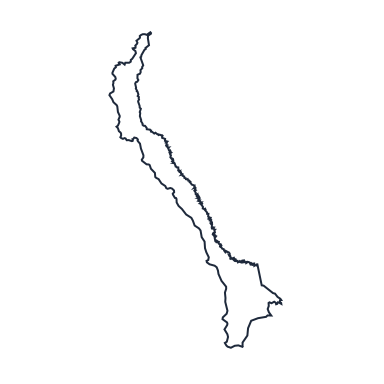 the district of Benjamin Constant, Amazonas, Brazil, rotated 130°
{"feature_id": "56859067B4861181831947", "entity_name": "Benjamin Constant", "entity_type": "district", "adm_level": 2, "iso_a3": "BRA", "parent_name": "Brazil", "parent_adm1": "Amazonas", "projection": "robinson", "projection_center": [-70.409, -5.498], "detail": "fine", "context": "isolated", "style": "outline", "palette": "slate", "viewbox_px": 384, "rotation_deg": 130, "n_neighbors": 0, "source": "geoboundaries", "source_scale": "gbopen_adm2", "svg_char_len": 6101}
<svg xmlns="http://www.w3.org/2000/svg" viewBox="0 0 384 384"><g transform="rotate(130 192 192)"><path d="M181.1,224.4L181.0,224.8L181.7,225.5L180.9,226.4L181.1,226.9L180.5,226.9L180.5,226.4L179.8,226.6L178.9,227.9L179.1,228.9L179.7,228.9L179.3,230.9L177.5,231.7L177.4,232.7L176.9,232.8L176.6,233.7L175.5,233.4L175.9,234.4L174.8,234.3L174.4,235.1L174.9,235.1L175.1,235.9L174.5,237.2L174.1,237.4L173.7,238.6L173.0,238.5L173.5,239.0L173.1,239.5L173.4,240.7L173.0,241.6L172.0,241.2L172.2,242.0L170.6,242.9L170.9,243.6L169.2,243.4L170.2,245.6L168.6,246.7L169.7,249.7L168.8,250.5L167.8,250.7L167.8,251.6L168.4,252.0L168.8,253.6L169.8,254.1L169.6,255.2L170.0,255.5L170.1,258.1L171.5,258.5L171.5,260.9L172.1,262.2L171.2,262.8L171.5,263.4L171.2,264.2L173.0,267.0L172.0,268.0L171.5,270.5L172.4,271.8L172.3,273.1L171.4,273.8L170.5,276.6L169.6,277.1L167.4,280.7L164.8,282.4L164.4,283.4L161.1,284.7L161.0,286.3L159.7,287.5L157.5,291.2L157.0,291.7L155.2,292.0L154.7,292.9L153.4,293.7L153.4,295.3L151.8,295.7L150.1,298.3L150.3,299.1L149.6,299.5L148.9,301.5L148.1,301.8L145.5,305.2L144.0,305.6L142.7,304.8L140.7,305.1L140.0,306.9L137.2,309.1L134.8,307.9L133.1,308.4L131.8,309.8L129.1,309.7L128.4,310.5L126.3,310.8L122.0,318.1L121.2,317.8L119.7,318.7L113.8,319.8L112.1,319.4L111.6,320.2L107.2,319.3L102.6,324.6L100.5,326.2L97.3,325.2L96.6,325.5L96.4,326.6L100.7,327.7L101.4,329.5L102.7,331.1L104.3,331.9L106.0,332.3L107.2,331.1L108.0,331.0L111.8,331.8L112.7,329.8L113.6,329.4L116.4,329.5L117.1,328.4L117.9,328.0L120.1,329.8L120.5,329.0L120.4,326.0L121.7,324.2L128.4,323.4L130.1,323.8L131.5,322.7L133.3,323.2L135.9,326.2L137.7,325.5L137.8,328.4L139.3,331.1L140.2,331.2L140.8,329.4L144.4,331.7L145.4,330.5L147.4,330.9L151.8,329.6L152.6,328.9L153.2,324.7L154.3,323.2L155.2,322.9L157.8,323.5L159.1,322.2L160.7,321.5L162.8,318.4L165.5,316.8L169.2,318.1L170.9,317.5L172.2,312.8L173.7,309.9L173.9,305.4L174.5,304.2L178.3,300.2L180.1,296.4L180.9,295.7L183.9,294.8L184.7,292.9L185.5,292.4L188.8,291.4L190.5,291.8L190.7,289.8L192.4,287.1L192.4,284.8L193.0,283.7L194.4,282.5L196.1,282.1L196.2,281.0L195.7,279.1L194.1,278.3L193.7,277.3L194.3,275.3L192.9,273.8L191.8,270.9L191.1,270.3L190.2,270.7L189.8,271.5L189.2,271.1L187.4,271.2L186.4,269.3L186.4,267.9L186.7,267.1L187.6,266.8L187.9,265.9L188.4,262.9L191.5,259.1L195.1,252.8L196.8,251.5L199.6,251.2L200.2,250.4L200.0,244.6L198.7,242.8L198.6,241.7L200.6,238.4L201.2,232.7L204.1,229.8L204.2,228.5L203.6,225.9L205.1,220.9L204.6,216.3L205.6,214.1L205.2,212.7L202.9,211.2L202.2,209.5L202.4,206.8L203.7,205.5L205.6,205.7L206.2,205.0L207.5,201.3L206.9,200.4L207.3,199.4L209.9,197.0L211.3,193.3L211.5,188.8L213.0,182.0L212.2,175.9L213.4,172.9L216.0,168.4L215.4,163.3L216.0,160.7L220.4,155.5L221.9,150.5L226.7,145.9L229.0,142.2L231.2,137.2L233.7,135.8L235.4,136.6L236.3,135.4L236.1,132.1L233.9,127.3L233.8,124.7L235.5,121.6L237.8,119.0L241.1,112.3L242.6,105.0L244.2,103.6L247.9,102.1L251.7,98.2L254.8,95.9L260.2,88.5L263.0,87.2L268.2,87.8L269.8,86.9L269.4,81.3L270.2,80.1L271.4,79.5L276.4,78.8L278.2,73.5L279.9,71.2L284.3,69.1L286.5,69.8L287.5,67.0L287.6,65.3L286.3,62.1L282.3,60.4L279.7,57.9L277.9,53.1L277.8,54.0L274.8,56.5L266.4,57.3L260.3,61.5L252.6,63.9L246.2,60.3L240.0,55.0L238.0,54.8L235.7,51.9L234.7,55.8L233.0,58.8L230.0,59.9L227.8,62.0L226.7,61.7L226.1,59.6L223.2,58.5L223.0,56.7L223.9,55.4L222.9,54.8L221.3,55.3L220.8,54.4L220.3,51.7L219.7,52.4L219.8,53.8L219.1,54.6L218.2,55.0L217.4,54.2L217.0,55.7L217.4,59.0L216.5,63.1L217.4,65.0L217.7,77.0L218.7,78.6L205.4,95.4L205.9,95.9L206.9,95.5L207.3,96.4L208.5,96.8L206.8,98.4L207.5,99.0L207.8,98.1L209.1,98.9L209.2,99.3L208.3,99.6L208.4,101.2L208.7,101.2L208.9,100.2L209.9,100.6L209.2,102.0L209.1,103.2L209.9,104.8L210.3,105.1L210.6,104.5L211.6,104.8L211.0,105.5L211.9,106.5L211.2,107.3L211.1,108.3L211.4,108.6L212.0,107.4L213.2,107.7L213.2,109.2L214.2,108.8L214.8,110.2L214.1,110.1L214.1,111.0L216.3,111.6L215.5,112.9L216.3,113.8L217.3,113.5L216.2,114.4L216.2,114.8L217.1,114.5L217.3,114.8L217.3,116.2L216.6,116.4L216.9,117.1L215.8,117.1L215.5,117.6L216.6,118.1L217.2,119.2L218.3,119.2L218.5,119.8L216.7,121.1L217.0,122.1L216.7,122.8L216.3,121.5L216.1,122.5L214.9,123.6L214.6,125.3L215.4,126.2L215.1,126.9L215.5,128.7L216.1,128.7L216.1,127.9L216.7,127.8L216.2,129.8L215.4,130.9L216.0,132.4L215.5,133.9L215.8,135.5L214.8,136.0L214.6,135.8L215.1,135.2L214.1,135.1L213.6,136.5L214.4,136.9L214.3,138.5L213.1,139.3L214.2,140.4L213.3,140.7L213.4,142.0L213.7,142.0L213.6,141.2L214.8,142.0L214.7,142.5L212.7,145.0L211.0,145.1L211.8,146.1L211.5,146.7L210.7,145.8L210.3,145.9L210.3,147.6L211.2,148.1L211.2,148.8L210.4,149.2L209.8,148.3L208.9,148.4L208.8,148.9L208.1,148.6L207.0,150.2L206.2,150.2L206.5,150.6L206.1,151.6L207.2,153.2L207.0,153.5L206.3,152.7L205.2,152.6L206.0,153.9L205.5,154.9L204.0,155.7L204.3,156.7L204.0,157.8L203.5,157.6L203.9,156.3L203.4,156.3L202.7,156.9L203.1,157.6L202.1,158.1L202.3,159.2L201.0,159.4L200.9,159.9L201.7,160.4L200.9,160.7L201.5,160.9L201.9,162.1L200.1,162.1L200.5,163.8L198.2,165.4L199.0,166.4L198.0,167.3L197.5,170.4L196.8,170.3L196.4,171.2L197.2,171.4L197.7,173.2L196.3,174.1L195.7,176.8L194.4,176.7L194.2,177.3L195.3,177.7L195.7,178.6L194.0,178.3L194.4,178.8L194.0,179.7L194.7,181.3L193.5,181.0L194.0,182.0L193.8,182.2L192.5,182.0L192.1,182.1L192.7,183.2L191.9,182.7L191.3,183.1L190.8,184.6L192.2,184.0L192.3,184.5L192.2,185.3L191.4,185.0L191.5,186.2L190.6,186.6L191.3,186.9L191.2,188.0L190.1,188.7L189.5,190.9L188.2,190.4L188.2,191.3L186.6,191.9L186.5,192.5L187.4,193.0L186.5,193.0L185.5,194.1L186.0,194.3L185.8,195.2L186.5,197.0L185.9,198.9L186.0,199.8L185.2,199.8L185.1,201.7L185.7,202.0L184.9,203.6L185.5,203.8L186.1,204.9L185.5,205.6L186.1,206.9L185.1,207.9L185.6,209.6L184.6,210.5L185.7,211.3L184.6,211.3L184.7,212.5L184.0,213.1L184.6,214.1L183.7,214.5L184.4,214.8L183.9,215.6L184.4,216.0L184.3,216.3L183.7,216.0L183.7,216.7L182.0,218.3L182.9,219.4L182.6,220.4L183.0,220.9L181.2,223.7L181.8,224.8L181.1,224.4ZM211.4,108.6L212.2,109.3L212.6,109.1L212.7,108.2L211.4,108.6ZM216.6,116.4L216.5,115.4L215.6,115.4L215.7,115.8L216.6,116.4Z" fill="none" stroke="#1e293b" stroke-width="2"/></g></svg>